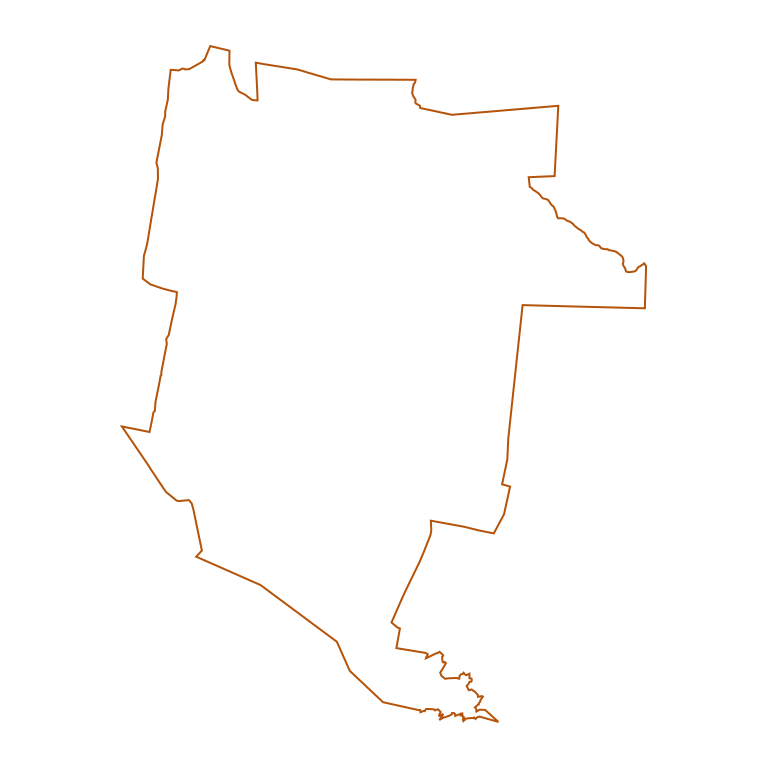 Rayón, Chiapas, Mexico
{"feature_id": "50627088B72568920303680", "entity_name": "Rayón", "entity_type": "district", "adm_level": 2, "iso_a3": "MEX", "parent_name": "Mexico", "parent_adm1": "Chiapas", "projection": "robinson", "projection_center": [-92.989, 17.185], "detail": "fine", "context": "isolated", "style": "outline", "palette": "amber", "viewbox_px": 768, "rotation_deg": 0, "n_neighbors": 0, "source": "geoboundaries", "source_scale": "gbopen_adm2", "svg_char_len": 5070}
<svg xmlns="http://www.w3.org/2000/svg" viewBox="0 0 768 768"><path d="M170.7,69.8L168.4,88.8L167.8,99.9L165.2,111.5L165.2,116.4L162.7,124.1L161.8,135.1L156.4,162.7L157.8,168.1L158.0,178.5L157.4,182.3L156.7,186.7L155.7,192.8L154.6,199.0L153.6,205.1L153.5,205.5L152.6,211.3L151.5,217.5L150.5,223.6L150.4,224.2L149.3,231.0L148.2,237.8L147.0,244.5L145.6,249.9L143.9,255.9L143.6,261.6L143.3,267.3L143.0,272.9L142.7,278.6L150.4,284.4L156.2,286.4L162.0,288.4L166.1,289.5L173.0,291.3L173.8,291.3L176.9,292.2L176.4,298.6L176.3,298.8L175.6,304.0L171.9,319.8L170.7,325.8L169.7,330.2L168.8,334.8L166.2,339.1L166.8,344.1L164.9,353.5L164.6,355.1L163.7,359.8L162.6,365.6L161.3,372.4L161.4,374.7L161.1,375.5L160.6,375.7L159.1,384.2L155.5,401.8L154.8,411.0L154.4,411.2L153.3,412.8L153.1,414.1L152.9,415.3L151.9,420.5L150.8,425.9L149.5,432.0L145.6,431.2L137.7,429.6L136.3,429.3L132.6,428.6L127.5,427.6L123.9,426.8L121.9,426.5L122.5,427.3L129.2,437.2L130.7,439.4L132.2,441.6L136.2,447.5L149.7,467.3L150.1,468.3L154.9,475.4L155.1,475.7L156.2,477.4L157.2,478.9L160.9,484.5L162.1,486.2L163.3,488.1L164.4,489.6L166.0,492.0L171.3,496.3L176.6,500.6L177.0,500.7L178.7,501.1L184.7,500.5L188.9,500.1L191.7,503.4L193.5,510.0L194.2,513.3L196.1,522.6L200.3,542.9L201.9,550.5L196.2,556.7L260.6,585.1L336.9,641.8L349.8,670.9L351.0,672.0L382.8,702.0L383.0,702.2L418.5,710.1L420.2,710.0L420.5,712.2L423.8,710.9L424.6,711.1L424.6,710.9L426.0,709.2L426.4,709.0L428.4,709.0L433.9,709.3L434.9,710.4L435.5,710.0L437.5,709.5L438.1,709.3L440.7,712.1L439.4,714.3L439.2,715.3L439.1,715.8L439.6,716.0L442.5,714.3L442.9,714.6L441.9,716.7L440.4,718.5L439.8,719.4L440.0,719.6L442.9,717.9L449.2,715.8L451.8,714.3L452.0,713.1L453.7,712.9L455.1,714.1L455.2,715.9L460.4,713.9L460.9,713.6L462.3,713.4L462.3,713.9L461.1,715.5L462.7,715.6L463.1,718.0L463.6,717.8L463.3,719.1L462.8,719.8L463.3,721.0L463.8,720.4L464.7,720.1L464.7,718.7L467.4,718.5L468.0,718.3L472.0,718.0L473.3,718.2L474.1,717.5L475.6,719.0L477.1,717.3L479.5,716.6L498.4,721.9L492.5,716.6L485.1,709.9L481.7,709.8L480.5,709.6L479.2,709.9L476.4,711.6L476.3,711.2L476.4,709.5L475.8,708.2L474.9,707.4L478.2,704.5L478.4,704.5L478.4,704.2L478.8,704.1L478.8,703.5L480.1,701.6L480.4,701.1L480.4,700.5L480.8,699.5L481.5,698.5L482.3,697.6L482.7,696.6L482.8,696.5L482.5,696.3L481.4,696.2L478.0,696.8L477.9,696.5L477.9,695.3L477.6,694.7L474.5,691.3L473.6,691.0L471.7,689.5L468.9,690.2L466.6,686.1L468.2,684.4L469.5,681.8L471.3,681.6L471.8,680.3L471.5,678.6L469.5,678.2L469.5,676.2L469.4,673.7L466.5,675.1L465.9,675.1L464.6,674.1L463.6,672.8L462.9,673.8L461.1,674.3L459.6,675.8L459.2,678.7L456.3,678.0L448.3,678.3L445.2,678.8L441.5,676.0L440.2,672.7L445.9,663.3L444.7,662.0L443.9,662.5L443.0,662.3L442.6,661.6L442.6,660.8L442.3,660.2L442.2,658.8L442.1,656.9L442.9,656.1L443.1,655.2L439.6,651.8L437.0,653.4L436.3,653.3L425.9,658.3L426.0,657.9L427.5,654.9L427.8,654.2L425.4,652.9L396.4,648.1L399.9,628.5L397.0,627.2L391.5,622.5L402.2,598.0L404.4,593.2L410.4,580.8L413.8,573.8L419.1,562.9L419.5,562.1L423.8,551.9L430.5,535.0L431.3,530.0L430.8,520.7L458.9,525.8L464.2,526.8L478.8,530.4L493.8,533.4L504.0,514.3L510.1,486.6L502.1,484.3L507.3,459.4L508.3,438.3L522.6,305.1L563.2,306.2L644.9,308.3L645.0,302.8L646.1,266.5L644.4,263.5L644.1,263.3L642.9,264.4L641.8,265.0L640.8,265.9L639.1,266.7L637.9,267.5L637.0,269.2L636.4,270.1L635.2,271.1L634.0,271.5L633.8,271.5L632.0,271.8L629.4,272.2L627.6,272.0L626.2,271.5L625.4,269.6L625.1,268.0L623.7,266.4L622.8,263.6L623.5,261.9L623.2,258.9L622.7,257.5L620.9,255.3L619.6,254.5L616.6,252.1L615.0,251.3L612.1,250.7L610.6,250.4L609.0,250.2L608.4,249.8L607.5,249.2L605.7,249.3L604.1,249.0L601.7,248.5L601.7,248.4L600.3,247.4L599.9,246.4L598.6,245.4L596.9,245.2L595.7,245.2L594.4,244.5L591.9,243.1L590.0,241.4L589.2,240.7L588.8,239.9L587.9,238.4L587.1,237.6L585.1,233.8L584.2,232.5L583.1,232.1L582.4,231.6L580.8,230.2L578.7,229.1L576.4,227.2L575.3,226.4L573.8,225.1L573.5,224.4L571.3,222.6L569.3,221.5L567.1,220.7L564.3,218.7L561.3,218.2L558.1,218.3L557.4,217.3L556.8,215.7L556.7,214.9L556.4,213.5L555.5,210.6L553.5,206.6L551.6,205.0L550.1,202.9L548.2,200.0L545.5,198.9L543.0,198.4L541.6,197.2L540.1,195.0L538.1,193.0L535.0,190.9L533.4,190.0L531.6,188.0L529.6,186.6L529.7,186.0L528.7,177.2L554.6,176.1L558.3,105.8L451.9,114.8L420.2,108.0L419.9,105.7L417.8,104.6L415.6,103.3L415.3,102.0L415.6,100.9L415.3,99.1L414.7,98.4L413.4,96.5L412.9,94.9L412.1,93.3L412.5,91.1L412.7,88.9L412.8,87.6L413.5,85.3L413.7,84.1L414.6,83.2L414.9,82.3L415.4,81.3L415.6,79.8L394.4,79.7L393.1,79.7L381.8,79.7L371.0,79.6L360.4,79.6L345.9,79.5L343.7,79.5L330.9,79.4L321.9,76.7L307.8,72.6L303.0,71.1L297.1,69.4L291.5,68.5L288.9,68.1L281.6,66.9L278.3,66.4L271.2,65.3L263.1,64.0L262.6,63.9L255.8,62.7L257.0,86.3L257.6,100.3L257.3,100.4L257.0,100.4L252.9,100.1L251.2,99.4L245.1,94.7L239.0,91.6L237.5,89.8L235.3,84.0L234.0,79.9L231.8,73.8L230.2,68.5L229.3,64.8L229.4,57.6L229.5,51.2L229.5,50.7L210.2,46.1L204.4,60.2L203.5,60.0L202.9,61.4L189.1,69.2L185.0,69.4L184.4,68.9L182.4,68.6L178.7,70.4L173.3,70.0L170.7,69.8Z" fill="none" stroke="#b45309" stroke-width="2"/></svg>